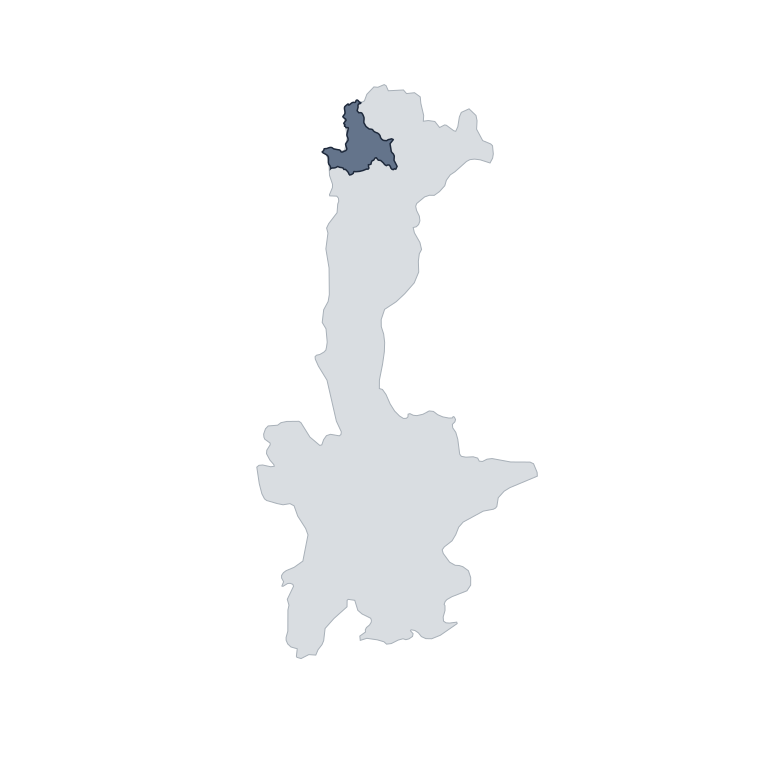 Laos, with Xékong highlighted, rotated 222°
{"feature_id": "LAO-3295", "entity_name": "Xékong", "entity_type": "Province", "adm_level": 1, "iso_a3": "LAO", "parent_name": "Laos", "parent_adm1": "", "projection": "orthographic", "projection_center": [107.128, 15.614], "detail": "fine", "context": "in_parent", "style": "filled", "palette": "slate", "viewbox_px": 768, "rotation_deg": 222, "n_neighbors": 0, "source": "natural_earth", "source_scale": "10m", "svg_char_len": 6221}
<svg xmlns="http://www.w3.org/2000/svg" viewBox="0 0 768 768"><g transform="rotate(222 384 384)"><path d="M287.2,130.2L290.1,136.0L304.2,151.8L306.6,156.0L311.8,159.3L315.9,173.2L317.7,174.1L320.2,173.2L322.1,171.3L323.7,166.0L324.7,165.5L326.3,169.9L330.3,171.3L332.0,173.2L332.5,176.5L331.8,179.9L328.1,187.7L325.8,198.1L339.5,221.0L345.5,224.2L359.7,228.1L369.3,233.3L373.8,232.2L378.2,226.7L383.5,223.6L393.2,218.9L396.0,218.7L401.3,220.7L409.9,226.4L422.9,237.1L422.5,239.9L420.0,242.6L412.8,246.7L410.5,249.4L411.9,250.4L417.8,251.1L424.7,253.6L426.8,256.4L427.9,262.7L429.1,263.9L435.6,263.2L437.6,264.1L439.9,266.2L442.1,271.4L442.0,275.3L435.5,282.2L434.7,286.3L431.2,291.1L422.3,299.3L419.9,299.7L403.6,295.0L390.6,295.4L389.5,297.2L391.6,302.2L392.2,307.1L390.1,310.8L382.5,315.6L382.2,317.7L383.7,319.9L394.5,324.5L428.9,348.7L444.7,353.4L451.7,356.5L453.5,358.2L453.4,360.3L451.5,362.9L450.0,367.5L449.9,370.3L451.5,373.1L454.2,377.1L464.0,386.2L471.1,388.4L478.5,398.8L480.7,407.9L484.4,413.8L502.4,433.4L517.6,445.5L526.6,458.6L531.0,461.5L532.4,466.2L533.5,479.9L538.8,486.8L539.9,489.5L542.2,491.6L544.8,492.0L550.2,487.5L551.2,488.2L553.7,495.4L555.9,498.0L564.0,502.5L572.6,511.2L577.2,514.3L583.0,516.8L583.8,519.6L582.7,522.4L580.9,524.2L570.9,529.2L569.6,531.4L576.2,542.6L592.9,556.3L598.1,564.6L597.0,568.5L592.4,576.6L588.9,578.8L588.0,581.3L590.6,587.8L590.3,598.0L587.1,600.4L584.2,606.6L582.1,607.1L577.0,604.8L566.3,615.5L561.6,614.9L556.2,620.9L549.2,621.6L544.4,617.2L534.2,610.1L530.6,605.6L527.4,609.4L521.9,613.1L514.3,611.8L512.3,617.1L510.8,618.0L501.6,618.9L499.8,619.8L501.3,624.6L506.7,632.9L508.3,637.6L504.9,645.4L495.3,645.1L491.0,641.9L485.7,635.3L473.5,630.9L465.3,633.8L462.8,633.7L456.7,628.1L454.4,624.5L453.1,619.2L462.5,615.0L467.2,611.7L470.3,608.2L471.6,604.6L473.3,589.2L474.7,583.8L474.0,577.2L471.5,572.0L471.5,564.2L472.9,557.8L476.5,554.7L479.0,550.2L480.5,540.0L479.4,537.3L476.0,534.8L470.1,532.4L466.5,529.3L465.0,525.7L465.2,522.5L467.0,519.8L462.6,516.7L452.0,513.2L446.1,509.1L444.9,504.4L440.6,498.2L433.1,490.4L429.2,479.4L429.0,465.0L430.0,453.3L433.5,439.9L429.2,430.0L424.4,424.8L417.7,420.9L411.4,415.4L405.4,408.3L398.3,397.7L390.0,383.8L384.4,377.5L381.5,378.9L375.4,377.5L366.1,373.3L358.0,371.0L351.1,370.6L346.5,371.4L344.4,373.5L344.2,375.6L345.9,377.7L344.9,379.3L341.2,380.4L338.3,382.6L334.8,387.6L332.4,394.2L328.9,396.7L323.6,397.1L318.3,398.9L313.0,402.1L310.5,404.5L310.8,406.1L309.6,406.5L307.1,405.5L306.0,403.3L306.2,399.8L303.6,397.4L298.3,396.1L292.2,392.3L280.8,382.5L278.1,382.0L274.2,384.4L269.0,389.6L264.8,391.6L261.6,390.4L259.0,392.3L257.1,397.1L253.8,400.9L237.7,410.8L223.2,423.7L219.5,424.8L211.1,420.8L208.4,418.1L221.1,391.2L223.0,384.7L223.0,375.9L218.2,368.5L218.1,366.4L218.9,364.2L225.2,355.9L232.8,334.4L232.7,327.6L229.9,320.1L228.5,313.0L230.2,303.4L229.8,299.7L226.6,297.7L216.0,295.5L209.8,296.9L206.7,299.4L203.1,301.0L196.3,301.7L190.1,298.2L185.0,292.5L184.0,285.8L191.2,271.4L193.0,265.9L193.0,263.3L191.9,260.5L190.4,260.1L187.1,256.5L184.1,250.4L181.1,247.6L178.1,248.0L175.3,250.2L170.6,255.7L169.3,254.9L174.0,235.0L178.1,226.6L182.5,222.8L187.2,221.3L192.0,222.1L196.1,221.5L199.4,219.5L199.2,218.3L195.3,217.9L193.9,215.5L194.9,211.3L196.7,208.6L199.4,207.4L202.1,203.2L204.9,196.0L208.0,192.4L211.6,192.4L217.8,189.4L226.6,183.5L230.1,177.6L233.3,180.5L231.8,187.3L233.4,188.8L234.1,191.3L233.5,195.2L234.1,198.5L235.4,200.1L237.2,201.0L246.5,198.4L252.0,198.3L261.0,203.7L266.5,200.0L266.7,198.6L262.4,193.7L264.3,176.2L264.2,162.9L257.1,152.9L255.7,148.9L255.2,142.4L253.3,136.9L258.8,132.6L261.9,124.5L265.8,122.6L266.9,123.0L271.3,129.2L277.2,126.3L281.6,126.4L285.3,128.1L287.2,130.2Z" fill="#d9dde1" stroke="#a8b0b8" stroke-width="1"/><path d="M567.8,508.2L568.2,508.7L568.9,509.4L569.8,509.9L570.6,510.1L571.4,510.3L572.3,510.5L573.8,511.6L576.0,514.3L577.3,515.5L578.9,516.0L580.6,515.8L583.9,515.0L585.0,515.0L585.3,515.3L585.2,515.9L585.1,516.1L585.1,517.1L585.3,517.8L585.7,518.3L585.8,518.8L585.1,519.7L584.3,520.4L582.7,523.3L581.8,524.3L580.9,524.8L578.7,525.1L577.7,525.6L573.6,528.2L573.1,528.3L572.6,528.2L572.1,528.0L571.5,527.8L570.7,528.0L570.1,528.6L568.6,531.9L568.6,533.2L569.2,534.1L572.4,536.0L573.1,536.6L573.3,537.5L573.6,540.0L573.8,541.0L574.4,541.8L575.4,542.6L577.6,543.7L578.4,544.4L581.5,550.0L582.2,550.5L582.6,550.2L583.0,549.7L583.5,549.2L584.0,549.2L585.1,549.5L585.5,549.4L585.8,549.2L586.0,549.3L586.4,550.0L586.6,550.5L586.8,550.7L587.1,550.7L587.6,550.5L588.4,550.9L588.5,552.1L588.5,553.5L588.7,554.6L589.8,555.2L592.4,554.9L593.4,555.1L593.6,555.6L593.6,555.8L593.8,558.2L594.2,559.2L594.9,560.0L597.5,562.0L598.3,562.9L598.7,563.8L598.7,564.7L598.3,567.6L598.1,568.0L597.8,568.1L597.5,567.8L597.1,567.6L596.6,568.1L596.4,568.7L596.2,570.7L595.9,571.8L595.3,572.8L594.9,573.1L594.1,573.7L593.8,574.2L593.9,574.8L594.4,575.9L594.4,576.5L593.7,577.2L592.8,577.3L591.2,577.0L590.3,577.1L589.3,577.4L589.3,576.6L590.3,574.9L589.7,573.5L588.5,572.4L586.8,569.1L584.3,568.7L583.2,569.8L582.0,570.5L580.2,570.1L578.4,569.3L577.0,568.5L575.9,567.3L574.9,565.9L573.8,564.7L569.7,563.3L565.6,563.6L564.2,564.7L562.8,565.4L561.1,565.0L559.8,565.1L558.6,565.4L556.6,566.2L554.6,566.3L552.9,565.8L551.4,564.8L549.5,564.4L547.6,564.6L546.1,565.6L544.8,566.7L544.6,567.5L544.4,568.3L544.0,569.0L543.4,569.7L542.6,571.1L541.4,571.7L541.0,571.8L540.6,571.7L540.3,566.6L534.2,561.7L532.9,561.3L530.9,561.2L528.9,560.3L526.2,556.9L523.2,555.8L519.9,554.5L519.0,551.6L519.6,551.1L520.3,550.9L520.6,549.4L521.9,548.9L523.5,549.1L524.9,549.9L526.6,550.2L527.8,549.3L528.4,547.8L530.4,547.5L532.6,547.9L536.0,547.9L538.1,546.5L541.1,547.0L541.8,546.2L541.7,544.8L541.5,544.0L541.5,543.2L541.9,542.6L542.2,542.2L541.8,540.3L540.8,538.7L541.4,537.4L542.3,536.6L541.2,535.4L539.7,534.4L539.6,533.0L540.8,532.0L542.4,528.7L544.4,525.7L547.1,522.8L547.9,522.3L548.5,521.7L548.2,520.8L547.8,519.9L548.3,518.0L549.3,516.4L550.7,516.6L552.0,517.3L554.0,517.6L556.1,517.7L556.8,517.2L557.4,516.6L559.0,517.1L560.4,516.4L561.8,515.4L563.9,514.7L564.3,513.7L564.7,512.5L565.7,511.1L566.9,510.0L567.8,508.4L567.8,508.2L567.8,508.2Z" fill="#64748b" stroke="#1e293b" stroke-width="1.5"/></g></svg>